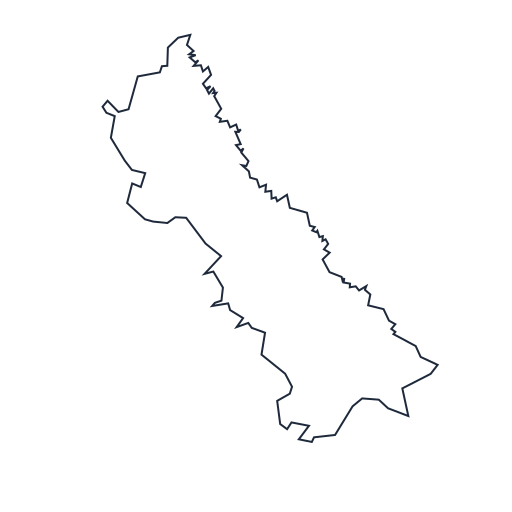 Jericho & Al Aghwar, West Bank, Palestine, rotated 322°
{"feature_id": "87354302B18647900198549", "entity_name": "Jericho & Al Aghwar", "entity_type": "district", "adm_level": 2, "iso_a3": "PSE", "parent_name": "Palestine", "parent_adm1": "West Bank", "projection": "robinson", "projection_center": [35.498, 31.968], "detail": "medium", "context": "isolated", "style": "outline", "palette": "slate", "viewbox_px": 512, "rotation_deg": 322, "n_neighbors": 0, "source": "geoboundaries", "source_scale": "gbopen_adm2", "svg_char_len": 1933}
<svg xmlns="http://www.w3.org/2000/svg" viewBox="0 0 512 512"><g transform="rotate(322 256 256)"><path d="M340.4,41.3L329.1,36.1L314.9,37.5L303.2,51.5L298.7,48.5L293.3,52.1L273.4,41.7L245.9,61.9L236.3,57.8L234.6,42.3L227.0,43.9L226.3,51.1L230.8,58.8L214.4,73.5L211.3,100.1L211.2,111.8L219.7,122.5L207.7,130.7L203.1,122.6L187.1,134.9L191.1,158.7L196.1,165.5L206.4,175.4L216.3,175.8L224.5,182.9L223.9,215.2L228.4,234.6L204.5,238.4L212.8,242.0L210.5,260.5L201.3,269.9L194.8,267.6L190.7,268.4L204.9,276.2L202.3,282.7L207.6,297.0L197.0,300.1L208.7,304.0L208.4,310.0L215.9,322.0L199.6,337.1L206.5,366.7L203.9,381.2L197.9,385.3L183.5,383.2L171.6,403.3L173.9,411.6L181.5,409.0L193.2,422.4L176.9,426.8L185.5,436.9L190.1,434.6L208.1,445.7L239.6,433.9L252.0,433.6L264.3,444.8L266.3,457.3L277.5,475.9L289.8,450.4L321.1,456.4L332.1,453.6L323.6,436.9L326.4,425.3L316.2,402.2L319.1,401.6L317.7,396.8L323.8,395.5L321.0,388.8L323.8,376.4L314.0,363.9L322.4,356.7L321.0,349.7L324.4,347.6L316.0,346.6L315.9,341.3L310.6,338.4L313.1,335.7L308.7,330.8L312.0,327.8L309.0,328.7L310.6,325.2L304.0,314.0L306.4,299.7L316.1,298.7L313.6,292.6L320.3,290.9L321.1,285.7L317.6,285.0L320.9,281.5L317.6,280.1L319.9,273.9L318.2,274.4L316.0,270.5L320.1,269.3L317.0,265.3L322.8,253.3L312.3,238.9L318.1,226.8L306.4,225.9L307.7,221.9L303.6,220.4L308.1,214.1L302.9,211.1L307.8,206.0L301.0,204.0L303.8,196.3L299.6,190.6L302.5,184.9L300.9,175.9L303.8,179.1L308.5,176.6L308.1,165.4L312.4,163.5L308.7,163.6L308.5,156.3L312.8,158.4L316.2,145.4L318.8,147.7L321.9,147.0L319.1,146.2L321.3,140.2L314.8,138.7L316.7,131.8L310.1,128.0L312.8,126.2L310.3,120.9L319.2,118.6L321.5,104.3L325.3,103.0L322.5,101.2L325.0,100.4L325.5,97.5L318.9,99.1L319.6,95.1L324.7,94.2L319.9,93.1L320.2,87.6L332.1,85.6L334.7,77.6L327.8,77.9L330.0,71.8L323.9,67.8L331.1,66.4L327.4,65.9L326.0,58.7L332.1,60.6L327.5,55.9L333.0,56.0L331.5,47.2L340.4,41.3Z" fill="none" stroke="#1e293b" stroke-width="2"/></g></svg>